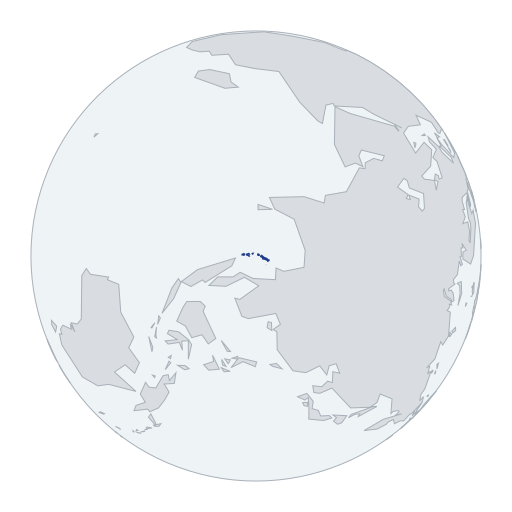 Andaman and Nicobar on an orthographic globe, rotated 110°
{"feature_id": "IND-2474", "entity_name": "Andaman and Nicobar", "entity_type": "Union Territory", "adm_level": 1, "iso_a3": "IND", "parent_name": "India", "parent_adm1": "", "projection": "orthographic", "projection_center": [93.022, 10.213], "detail": "fine", "context": "on_globe", "style": "filled", "palette": "blue", "viewbox_px": 512, "rotation_deg": 110, "n_neighbors": 0, "source": "natural_earth", "source_scale": "10m", "svg_char_len": 11986}
<svg xmlns="http://www.w3.org/2000/svg" viewBox="0 0 512 512"><g transform="rotate(110 256 256)"><circle cx="256" cy="256" r="225" fill="#eef3f6" stroke="#a8b0b8"/><path d="M471.9,320.3L472.2,319.4L472.0,319.8L471.9,320.3ZM380.3,68.1L384.2,70.8L377.4,66.2L380.3,68.1ZM367.4,60.2L369.1,61.2L365.1,59.0L364.6,59.1L359.5,56.5L351.6,52.2L348.1,50.7L351.0,52.4L347.7,51.4L344.0,49.0L337.8,47.3L323.5,41.5L320.9,40.3L336.9,45.7L352.4,52.4L367.4,60.2ZM365.5,59.5L367.5,60.7L366.4,60.3L365.5,59.5ZM357.5,56.1L355.1,55.5L356.2,55.3L357.5,56.1ZM352.8,54.6L347.2,53.8L351.1,56.0L336.8,49.8L346.3,52.2L347.0,51.5L349.4,53.1L352.8,54.6ZM329.7,46.9L327.2,46.3L328.3,46.2L329.7,46.9ZM269.3,31.1L269.2,31.1L269.3,31.1ZM261.7,30.8L262.5,30.8L259.2,30.8L256.1,30.7L261.7,30.8ZM74.2,123.0L72.6,125.3L78.1,125.1L77.6,127.4L70.3,136.9L69.0,153.8L76.5,146.4L82.0,157.2L90.0,159.4L104.7,141.2L91.7,137.0L96.1,127.2L111.8,122.6L124.1,127.6L126.2,124.1L124.0,114.1L132.5,109.1L123.9,110.4L123.1,114.4L117.7,115.6L118.1,112.1L121.0,110.3L118.9,107.7L105.2,118.3L103.0,123.5L94.0,123.0L89.5,131.9L85.1,135.1L91.0,121.3L94.8,116.9L101.2,102.1L96.4,106.5L90.1,121.1L89.5,119.5L83.0,126.7L87.6,119.9L95.8,103.9L91.4,104.6L76.0,120.7L75.7,121.0L94.8,98.7L94.5,99.7L100.0,94.4L108.6,86.0L107.6,87.4L111.1,84.5L111.6,85.1L120.8,79.4L122.6,79.8L134.2,71.9L136.8,71.3L129.2,76.0L124.9,79.8L130.4,82.3L133.9,81.1L141.0,76.0L141.6,77.8L147.8,72.7L154.9,72.7L151.4,68.7L159.6,63.8L168.3,61.3L170.4,59.2L156.3,63.6L151.2,66.1L147.9,69.2L133.5,76.9L129.9,77.5L142.5,67.6L138.7,67.7L150.2,60.9L181.3,51.7L190.2,51.6L188.0,60.7L181.3,62.9L178.7,60.4L173.7,66.8L177.6,64.3L178.2,66.1L186.2,62.8L187.0,64.0L193.3,59.1L195.2,60.2L191.1,63.3L204.5,60.4L210.5,62.4L213.2,61.3L214.3,59.5L221.1,63.9L222.8,62.9L221.2,61.0L223.5,58.0L230.2,54.7L232.2,56.3L230.1,57.7L228.5,63.7L222.5,67.9L224.0,68.3L229.7,65.2L231.6,57.8L235.1,55.4L235.1,58.5L235.4,57.2L237.7,56.6L241.9,57.7L242.3,54.2L265.4,47.7L275.8,50.1L273.3,53.1L291.6,52.7L301.9,57.0L300.4,55.0L308.2,54.4L305.1,53.0L304.9,52.1L323.4,51.9L329.3,53.7L335.6,52.8L334.9,52.0L330.9,50.5L336.8,49.8L351.1,56.0L352.1,57.4L360.5,60.9L361.5,64.0L366.3,68.6L362.6,70.9L366.7,75.0L369.5,76.0L377.1,82.9L383.1,94.8L365.9,80.5L354.5,65.1L358.1,70.6L353.5,68.3L352.6,69.7L355.4,74.2L358.0,75.3L343.7,79.3L343.2,92.1L352.2,92.2L359.1,97.0L366.4,115.1L354.1,139.5L363.2,149.0L364.5,155.0L358.5,158.3L356.3,149.4L349.1,145.9L348.8,140.9L338.4,144.2L337.5,137.2L329.8,143.9L334.1,149.7L343.6,148.8L337.4,158.5L348.6,169.3L351.2,182.0L336.7,204.1L320.0,210.5L319.2,214.7L311.9,209.7L303.2,217.7L317.5,241.8L317.5,248.7L302.8,261.5L302.3,256.3L283.0,243.2L280.0,259.6L294.7,273.8L299.8,290.2L288.7,284.8L283.5,270.4L276.7,265.3L278.1,251.0L271.6,229.6L260.4,233.1L260.9,224.6L250.2,207.0L233.9,211.7L208.4,232.7L205.5,254.4L196.4,263.4L183.8,231.1L182.9,210.1L175.3,211.5L164.7,193.1L137.8,189.0L136.7,183.4L131.0,185.2L124.0,178.8L123.4,169.9L117.9,169.7L120.4,193.2L126.6,193.7L135.5,186.1L134.7,194.4L141.8,202.7L124.3,220.5L88.7,232.8L89.9,216.4L86.7,170.2L89.4,165.7L89.5,165.2L89.8,164.2L84.8,171.3L85.8,162.7L82.5,193.6L80.0,206.7L88.2,233.7L86.3,235.9L90.3,241.9L108.8,238.9L107.9,244.2L96.4,267.7L74.8,297.6L80.3,321.3L83.3,340.6L75.8,350.8L82.5,366.2L79.5,370.0L83.3,378.4L84.2,386.2L83.7,392.6L76.2,389.2L71.0,381.3L60.0,364.5L42.6,325.3L39.4,309.4L36.8,296.0L31.9,264.3L32.6,248.8L32.5,241.4L31.6,241.5L32.1,232.7L32.1,231.6L34.5,214.9L38.2,198.5L43.1,182.4L49.2,166.7L56.4,151.5L64.8,136.9L74.2,123.0ZM132.4,143.6L142.8,146.6L146.3,134.0L150.6,134.4L150.2,130.2L146.5,133.1L146.7,122.2L154.1,120.1L157.0,115.2L153.6,114.0L140.0,119.9L139.6,135.2L133.7,139.4L132.4,143.6ZM129.4,69.9L126.9,71.9L122.6,74.8L120.3,76.2L126.5,71.7L129.4,69.9ZM124.3,74.2L137.4,65.1L139.4,64.5L136.1,66.3L136.0,66.8L130.7,69.9L119.6,79.0L115.2,82.3L113.4,81.8L116.4,79.9L118.7,77.8L124.3,74.2ZM172.2,46.9L170.2,47.9L165.2,50.0L162.8,50.9L172.2,46.9ZM241.7,31.2L241.0,31.2L243.4,31.1L242.0,31.5L233.9,32.4L237.3,32.2L236.4,32.9L229.9,34.0L230.9,33.2L223.1,35.3L220.6,34.9L219.9,35.1L215.5,35.5L208.8,36.7L208.7,36.4L206.1,37.1L203.1,37.6L199.6,38.4L198.1,38.5L193.7,39.7L195.5,39.1L188.3,41.3L193.0,39.7L189.6,40.7L186.8,41.7L204.8,36.6L223.1,33.1L241.7,31.2ZM255.3,30.7L256.0,30.7L252.7,30.8L258.6,30.9L249.5,31.3L243.7,31.5L248.3,30.9L255.3,30.7ZM81.2,124.3L81.7,125.2L83.2,125.6L79.2,130.5L81.2,124.3ZM86.5,113.4L87.5,113.2L82.5,119.5L82.1,118.9L86.5,113.4ZM92.3,108.0L88.0,112.7L90.0,109.8L92.3,108.0ZM130.5,75.8L132.1,75.6L130.6,76.8L127.8,78.5L130.5,75.8ZM206.1,42.4L207.6,41.3L209.1,41.1L215.9,38.8L218.2,39.3L215.1,40.8L206.1,42.4ZM100.0,143.7L95.3,146.6L95.2,144.5L96.8,143.9L100.0,143.7ZM84.9,138.1L86.3,141.7L83.7,139.4L84.9,138.1ZM209.8,42.5L212.3,41.4L212.0,42.4L209.8,42.5ZM220.3,39.6L220.6,40.5L219.3,39.1L220.3,39.6ZM195.2,446.5L199.7,448.9L196.2,448.8L195.2,446.5ZM109.0,342.6L109.2,374.7L101.9,373.4L96.6,363.2L93.8,343.3L101.0,339.0L103.4,330.4L109.0,342.6ZM353.2,328.2L359.3,329.2L359.0,330.2L353.2,328.2ZM346.9,324.7L354.0,325.0L345.5,326.9L346.9,324.7ZM356.7,325.2L364.0,323.2L367.1,321.5L366.5,323.6L356.7,325.2ZM342.0,324.7L314.7,324.1L303.8,321.2L306.5,317.5L324.2,318.8L342.0,324.7ZM305.6,317.4L288.8,306.3L264.9,274.6L273.5,275.4L298.3,294.8L296.7,298.0L306.9,306.7L305.6,317.4ZM345.9,298.4L344.3,308.2L329.4,307.1L322.5,305.5L317.8,292.8L320.5,286.5L326.1,286.8L347.3,265.5L354.9,270.8L348.5,279.8L354.7,288.4L345.9,298.4ZM206.5,256.5L211.8,269.9L206.8,271.7L206.5,256.5ZM355.4,250.5L347.2,259.8L354.5,247.3L355.4,250.5ZM359.4,238.8L360.2,243.5L356.5,238.9L359.4,238.8ZM319.5,221.1L313.6,222.1L313.2,218.8L320.6,215.6L319.5,221.1ZM353.1,193.0L354.0,202.6L353.2,205.8L350.0,200.0L353.1,193.0ZM233.5,49.3L221.5,51.4L214.4,54.3L212.8,57.5L209.8,54.4L220.8,49.9L233.5,49.3ZM261.3,47.5L262.6,45.4L265.4,46.2L265.5,46.8L261.3,47.5ZM259.6,46.3L254.8,44.1L257.7,42.9L261.0,44.8L259.6,46.3ZM231.9,42.0L228.2,42.5L228.6,41.6L231.9,42.0ZM415.9,414.7L409.1,421.2L405.6,423.9L423.1,407.0L422.3,408.0L415.9,414.7ZM386.4,426.2L390.1,419.3L396.0,418.3L390.3,424.5L386.4,426.2ZM426.1,403.8L427.6,402.0L433.1,395.2L438.9,387.1L434.1,393.9L426.1,403.8ZM375.1,398.6L333.9,413.0L325.8,411.2L329.8,405.3L326.2,387.2L329.1,387.6L329.6,375.3L355.0,363.9L373.9,343.1L385.8,344.2L396.1,329.1L407.7,329.9L403.0,341.8L413.4,349.3L424.3,322.5L427.0,350.6L432.1,360.2L429.0,377.8L406.0,408.0L396.3,414.2L396.1,411.6L391.6,414.7L387.1,413.8L387.9,404.4L383.3,407.5L389.3,400.2L381.9,406.8L381.1,400.8L375.1,398.6ZM456.0,344.4L456.7,345.1L456.7,349.8L455.6,349.1L456.0,344.4ZM470.1,325.8L469.4,328.0L469.0,328.8L470.1,325.8ZM471.6,321.2L471.2,322.4L472.2,319.4L471.9,320.3L471.6,321.2ZM464.5,327.2L464.5,328.9L464.0,329.6L464.5,327.2ZM464.3,326.6L465.3,323.7L464.7,326.6L464.3,326.6ZM462.1,311.9L462.9,310.4L463.1,311.5L462.1,311.9ZM368.3,329.3L377.1,321.7L381.6,321.0L368.3,329.3ZM461.5,308.9L459.9,308.8L460.2,307.2L461.5,308.9ZM462.0,305.3L462.0,303.2L462.6,308.1L462.0,305.3ZM459.1,300.8L460.9,304.4L458.8,301.3L459.1,300.8ZM457.7,301.4L456.2,299.8L456.3,299.2L457.7,301.4ZM436.9,305.3L443.1,317.7L437.4,317.6L431.3,310.0L425.3,317.5L412.5,316.6L415.8,311.9L414.3,305.0L400.3,302.4L397.5,297.9L402.7,294.8L393.1,291.3L403.7,289.2L407.7,298.5L413.6,291.1L423.2,292.8L432.1,295.7L438.7,302.5L436.9,305.3ZM403.2,309.7L405.0,309.6L403.3,312.5L403.2,309.7ZM453.2,294.8L455.4,299.3L455.1,300.4L453.9,299.8L453.2,294.8ZM440.3,300.8L447.6,292.9L449.2,293.0L444.3,301.9L440.3,300.8ZM446.1,288.0L449.2,288.9L450.7,293.2L450.0,294.4L446.1,288.0ZM381.7,301.2L381.2,303.8L378.4,301.7L381.7,301.2ZM385.4,299.6L393.8,302.4L384.6,301.8L385.4,299.6ZM358.8,290.6L361.4,296.7L369.7,292.9L363.4,298.5L368.8,308.5L366.8,312.3L361.5,301.4L359.2,312.7L355.5,312.4L353.7,302.8L357.6,291.1L361.3,286.2L376.1,284.3L358.8,290.6ZM385.5,292.2L383.2,285.0L384.8,280.3L387.3,284.1L385.5,292.2ZM376.1,268.0L369.6,259.8L364.0,262.9L374.9,251.7L379.4,261.3L376.1,268.0ZM370.0,250.1L364.9,252.9L370.0,246.4L370.0,250.1ZM363.3,250.2L362.4,244.5L366.7,245.3L363.3,250.2ZM372.8,250.4L373.2,240.9L375.7,246.5L372.8,250.4ZM359.7,232.0L369.4,241.3L357.4,237.3L355.3,219.2L360.3,218.8L359.7,232.0ZM377.8,162.0L375.7,157.2L379.8,156.3L380.1,159.8L377.8,162.0ZM391.2,150.6L380.2,154.5L371.0,158.5L374.6,160.8L374.0,168.8L367.7,161.2L373.0,152.5L380.2,151.1L379.8,144.6L384.2,140.5L380.9,132.6L382.3,129.4L387.5,136.3L391.2,150.6ZM379.1,129.3L375.0,116.1L383.4,118.4L386.2,121.8L384.6,126.7L380.2,125.1L379.1,129.3ZM376.4,113.8L372.2,112.3L357.1,94.0L356.0,90.9L371.9,105.0L368.8,104.6L371.0,109.0L376.4,113.8ZM328.8,47.2L327.3,46.4L329.9,47.3L328.8,47.2ZM303.0,51.4L303.3,50.3L306.3,51.1L303.0,51.4ZM305.6,48.0L302.1,47.8L305.0,47.3L305.6,48.0ZM294.3,47.8L300.3,47.4L295.8,48.9L294.3,47.8Z" fill="#d9dde1" stroke="#a8b0b8" stroke-width="1"/><path d="M256.1,243.9L256.2,244.0L256.1,244.3L256.1,244.5L256.1,244.8L255.9,244.9L255.8,244.7L255.7,244.7L255.7,244.8L255.7,245.0L255.4,245.4L255.5,245.4L255.7,245.5L255.8,245.6L255.8,245.8L255.7,245.9L255.9,246.0L255.8,246.5L255.9,246.9L255.7,247.1L255.8,247.1L255.7,247.3L255.6,247.2L255.5,247.3L255.3,247.3L255.4,247.5L255.5,247.5L255.5,247.8L255.5,248.0L255.4,248.2L255.4,248.3L255.3,248.5L255.2,248.6L255.1,248.8L254.9,249.0L254.9,249.5L255.0,249.2L255.1,249.3L255.1,249.5L255.0,250.1L254.8,250.2L254.7,250.3L254.7,250.5L254.8,250.5L254.8,250.3L254.9,250.2L255.0,250.3L255.0,250.5L254.9,250.6L254.9,250.8L254.8,251.0L254.8,250.9L254.7,250.9L254.6,250.6L254.5,250.4L254.4,250.1L254.2,250.1L254.2,249.8L254.2,249.7L254.1,249.4L254.2,249.2L254.3,249.2L254.4,249.4L254.4,249.5L254.5,249.2L254.5,248.8L254.5,248.4L254.7,248.1L254.8,248.2L254.8,248.3L255.0,248.3L255.1,248.2L255.0,247.9L254.9,247.7L254.8,246.6L255.0,246.4L254.9,246.3L254.9,246.0L254.9,245.8L255.0,245.7L255.2,245.4L255.2,245.2L255.3,245.0L255.2,245.0L255.2,244.9L255.3,244.6L255.3,244.4L255.3,244.2L255.3,243.9L255.3,243.7L255.5,243.5L255.5,243.3L255.5,243.2L255.7,242.9L255.9,242.9L256.0,242.9L255.9,242.8L256.0,242.8L256.1,243.1L256.1,243.4L256.2,243.5L255.9,243.7L255.8,243.8L256.0,243.8L256.1,243.9ZM259.4,268.3L259.5,268.6L259.5,268.8L259.4,269.1L259.4,269.3L259.2,269.5L259.1,269.4L259.0,269.2L258.9,269.1L259.0,269.1L258.9,269.0L258.9,268.9L258.7,268.7L258.4,268.6L258.4,268.2L258.6,267.9L258.8,267.8L259.0,267.7L259.3,267.8L259.3,268.1L259.4,268.3ZM254.3,253.7L254.3,253.9L254.4,254.0L254.1,254.4L254.1,254.5L254.3,254.6L254.2,254.7L254.1,254.8L253.9,254.8L253.8,254.7L253.7,254.7L253.6,254.8L253.5,254.7L253.7,254.4L253.5,254.2L253.5,253.8L253.6,253.7L253.9,253.4L254.1,253.3L254.2,253.5L254.3,253.7ZM257.6,264.9L257.7,265.0L257.3,265.2L257.2,265.1L257.3,265.0L257.2,265.0L257.1,264.9L257.1,264.7L257.3,264.7L257.5,264.8L257.6,264.9ZM255.2,259.9L255.3,260.0L255.1,260.3L254.9,260.3L254.8,260.2L254.8,259.9L255.0,259.8L254.9,259.7L255.0,259.7L255.2,259.9ZM258.8,267.2L258.8,267.3L258.6,267.5L258.4,267.6L258.2,267.4L258.3,267.3L258.3,267.2L258.5,267.1L258.6,266.9L258.6,267.1L258.8,267.2ZM258.0,264.6L257.9,264.6L257.9,264.4L257.7,264.4L257.7,264.1L257.8,263.8L258.0,263.8L257.9,264.0L258.0,264.5L258.0,264.6ZM254.7,251.3L254.8,251.4L254.7,251.5L254.4,251.5L254.3,251.4L254.5,251.3L254.5,251.2L254.5,250.9L254.7,251.0L254.7,251.3ZM254.9,245.1L254.9,245.3L254.9,245.5L254.7,245.8L254.7,245.6L254.7,245.3L254.7,245.2L254.8,245.1L254.9,245.1ZM256.0,248.9L256.2,249.4L256.0,249.2L255.9,249.2L255.7,249.0L255.8,248.9L256.0,248.8L256.0,248.9ZM256.4,263.8L256.6,263.8L256.3,263.8L256.2,263.7L256.2,263.4L256.3,263.3L256.3,263.6L256.4,263.8ZM256.3,248.2L256.3,248.4L256.3,248.6L256.2,248.6L256.1,248.4L256.2,248.2L256.3,248.2L256.3,248.2ZM258.1,264.6L258.2,264.8L258.1,265.0L257.9,264.8L257.9,264.7L258.0,264.7L258.1,264.6ZM253.1,250.6L253.2,250.8L253.0,250.6L252.9,250.6L253.1,250.6ZM258.3,262.5L258.4,262.8L258.3,263.0L258.3,262.7L258.2,262.6L258.3,262.5L258.3,262.5ZM256.0,242.4L256.1,242.5L255.9,242.5L255.9,242.4L256.0,242.4L256.0,242.4ZM260.8,243.3L260.7,243.4L260.8,243.3Z" fill="#3b82f6" stroke="#1e3a8a" stroke-width="1.5"/></g></svg>